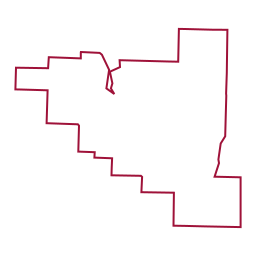 Pulaski, Arkansas, United States of America (orthographic projection)
{"feature_id": "52423323B71527325360101", "entity_name": "Pulaski", "entity_type": "district", "adm_level": 2, "iso_a3": "USA", "parent_name": "United States of America", "parent_adm1": "Arkansas", "projection": "orthographic", "projection_center": [-92.355, 34.752], "detail": "fine", "context": "isolated", "style": "outline", "palette": "rose", "viewbox_px": 256, "rotation_deg": 0, "n_neighbors": 0, "source": "geoboundaries", "source_scale": "gbopen_adm2", "svg_char_len": 785}
<svg xmlns="http://www.w3.org/2000/svg" viewBox="0 0 256 256"><path d="M80.9,52.0L80.8,52.5L80.8,58.4L67.8,57.9L48.8,57.2L48.1,68.2L16.0,67.7L15.4,89.4L20.2,89.5L47.6,90.3L46.6,123.2L77.9,124.3L79.0,125.7L78.3,151.6L94.7,152.2L94.4,157.6L110.2,158.2L112.1,158.3L111.7,167.9L111.5,175.3L140.9,175.8L142.1,176.9L141.9,181.1L141.4,192.2L148.0,192.3L173.9,192.7L173.5,225.7L185.2,225.9L205.2,226.4L240.6,227.1L240.6,177.3L214.6,176.7L219.0,163.1L218.4,159.5L220.7,143.5L225.2,136.3L225.8,113.5L226.3,95.7L226.1,93.6L226.4,84.7L226.8,72.9L226.9,65.2L227.4,29.8L211.7,29.7L185.0,29.0L178.9,28.9L178.2,61.7L168.3,61.5L119.6,60.2L120.0,67.1L109.9,71.7L112.4,83.4L110.9,88.4L114.3,94.0L106.4,88.4L109.1,69.8L101.9,54.7L99.7,52.9L80.9,52.0Z" fill="none" stroke="#9f1239" stroke-width="2"/></svg>